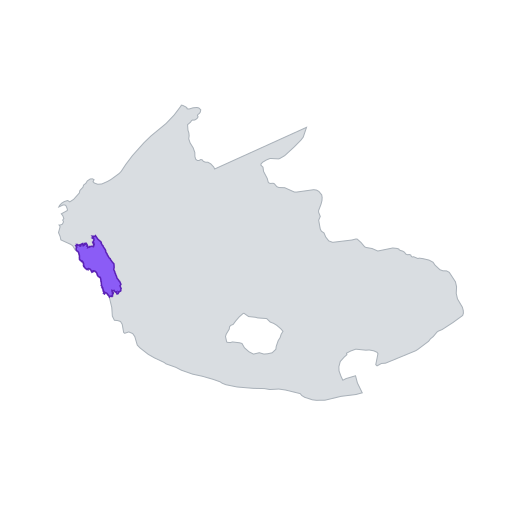 location of Eden, Western Cape, South Africa, rotated 66°
{"feature_id": "47623444B71894478343084", "entity_name": "Eden", "entity_type": "district", "adm_level": 2, "iso_a3": "ZAF", "parent_name": "South Africa", "parent_adm1": "Western Cape", "projection": "equal_earth", "projection_center": [22.286, -33.877], "detail": "fine", "context": "in_parent", "style": "filled", "palette": "violet", "viewbox_px": 512, "rotation_deg": 66, "n_neighbors": 0, "source": "geoboundaries", "source_scale": "gbopen_adm2", "svg_char_len": 8640}
<svg xmlns="http://www.w3.org/2000/svg" viewBox="0 0 512 512"><g transform="rotate(66 256 256)"><path d="M349.5,86.1L360.7,84.3L365.7,85.3L371.6,88.3L377.2,89.4L386.7,88.3L390.0,88.8L392.6,89.8L394.4,91.4L396.9,103.2L398.9,115.9L398.8,120.0L399.1,121.6L401.7,126.9L402.6,130.3L404.1,133.0L407.2,146.4L407.5,148.8L406.6,181.2L405.2,185.1L405.6,190.1L404.0,190.8L394.8,184.3L393.2,184.6L390.5,187.0L387.9,190.8L386.7,194.0L381.7,202.7L381.3,208.2L381.6,212.9L383.1,213.1L384.2,216.5L386.6,221.9L390.8,225.3L394.8,226.9L400.3,227.3L404.8,227.2L404.6,223.5L405.9,213.8L413.2,215.0L424.2,214.6L423.2,221.0L418.8,235.4L415.8,251.6L412.3,259.7L410.3,263.0L404.9,269.0L402.1,270.9L399.7,271.6L390.4,283.6L386.8,289.3L383.6,297.7L380.5,302.3L375.9,312.1L368.0,326.5L361.3,335.9L358.4,338.7L356.4,339.9L351.2,345.4L343.9,354.1L338.2,361.9L329.9,370.7L325.1,374.5L317.9,382.1L315.9,383.2L307.8,390.2L302.1,394.4L292.7,399.4L289.1,400.7L280.3,399.5L276.7,400.2L273.6,403.1L273.2,407.4L272.0,408.0L264.0,406.0L260.7,406.4L258.7,408.7L257.1,411.5L252.5,411.7L244.4,408.7L234.7,406.9L232.5,406.7L227.8,408.9L226.2,409.2L219.4,408.7L215.6,407.4L212.0,407.3L209.3,408.5L205.9,408.9L196.9,416.9L192.2,416.9L188.2,417.8L181.0,416.8L178.9,417.3L176.8,418.7L172.0,419.3L170.1,420.5L161.9,427.7L158.6,427.0L154.3,426.9L149.5,423.0L147.6,423.3L148.1,422.1L148.2,420.0L146.5,417.9L144.6,418.0L143.6,416.3L140.7,416.1L138.3,416.7L137.7,409.9L136.6,409.3L133.7,409.1L132.3,409.3L131.6,410.0L130.9,411.5L131.0,416.2L129.9,414.9L128.7,412.0L128.3,409.0L128.7,405.5L130.8,404.1L130.1,399.6L126.6,391.8L124.5,390.2L122.8,386.1L121.1,384.7L120.4,381.9L118.8,379.6L118.2,376.1L119.0,374.0L120.4,372.9L121.9,374.7L123.6,374.0L126.1,371.4L127.5,367.5L127.5,361.2L127.1,357.3L124.9,347.2L123.9,344.8L119.3,337.6L113.9,327.8L107.0,312.4L103.6,303.1L98.4,284.3L94.0,273.6L88.5,263.6L87.8,262.9L88.6,261.7L91.4,259.4L92.7,258.8L93.4,259.1L94.0,258.4L94.6,256.9L95.0,253.3L96.3,249.6L97.5,248.0L100.0,247.0L101.9,248.4L102.7,249.7L103.1,251.5L103.9,252.4L105.3,252.3L106.2,253.5L106.8,255.7L106.7,257.4L106.0,258.4L106.1,259.8L107.1,261.4L108.2,265.1L113.4,267.0L116.3,267.3L119.0,268.2L121.6,269.8L125.9,270.2L131.7,269.4L136.6,269.8L140.4,271.4L143.2,271.7L144.9,270.7L145.6,269.2L145.4,267.3L146.2,266.1L148.1,265.6L149.7,264.1L150.8,261.8L153.5,259.8L157.6,258.4L159.7,258.4L159.0,157.5L166.6,164.5L168.4,167.8L172.1,177.3L176.0,189.0L176.6,194.6L176.5,195.8L172.6,203.5L172.5,207.3L173.0,211.7L173.9,213.9L175.0,214.6L177.7,213.5L181.8,214.7L189.7,214.2L193.6,214.8L194.6,214.4L195.5,213.5L196.5,210.8L197.4,209.9L201.1,208.8L202.7,207.3L205.3,202.0L213.1,195.0L214.0,193.3L218.9,176.3L220.4,173.9L222.6,172.3L226.9,171.1L229.5,171.8L232.2,173.2L235.3,175.7L239.9,180.3L241.4,181.0L246.0,181.2L248.8,184.2L257.4,186.3L259.9,186.2L262.6,184.5L267.0,184.6L271.8,183.4L274.7,180.4L280.4,161.9L281.1,157.8L281.7,156.7L286.3,154.6L291.8,153.0L292.9,152.1L296.4,146.9L301.0,142.7L304.3,127.8L306.4,124.2L307.7,122.7L308.5,122.7L309.7,121.8L311.2,120.0L313.0,118.8L315.1,118.4L316.4,117.2L317.1,115.2L318.1,114.2L319.6,114.3L320.5,113.6L320.8,112.3L324.2,109.1L324.3,107.8L326.3,104.6L330.1,99.6L333.7,96.8L337.1,96.2L343.3,93.6L345.6,91.2L347.1,88.0L349.5,86.1ZM335.1,303.9L340.6,301.4L344.6,298.2L345.7,292.3L348.8,288.7L350.0,285.3L351.0,280.6L349.3,275.8L346.8,274.3L342.3,270.1L340.4,267.2L337.7,264.8L335.8,262.0L332.7,262.9L327.8,265.2L324.7,267.3L322.1,269.9L317.5,271.7L313.2,279.7L311.7,281.5L308.3,287.4L303.4,290.3L303.3,291.3L304.8,296.1L307.0,300.8L309.2,304.7L309.1,307.1L309.8,308.9L311.9,310.2L315.3,315.0L317.1,316.6L322.4,317.7L323.2,317.4L324.7,314.5L324.9,312.5L328.6,306.3L330.2,304.4L335.1,303.9Z" fill="#d9dde1" stroke="#a8b0b8" stroke-width="1"/><path d="M216.4,391.8L215.2,391.6L214.3,391.7L212.6,391.4L211.3,391.5L210.3,391.4L208.8,390.3L206.8,389.5L205.3,389.0L204.7,389.2L203.9,389.5L202.0,390.0L201.1,390.1L200.3,390.4L199.1,390.3L198.2,390.8L197.6,391.0L196.9,391.0L196.0,391.2L195.2,391.1L194.7,391.4L193.3,391.2L192.1,391.5L191.5,391.6L190.8,391.5L189.7,391.1L188.4,391.2L185.2,391.8L184.4,391.6L183.4,392.1L182.1,392.1L181.3,392.3L180.6,391.8L179.6,392.1L176.4,393.6L172.1,394.4L172.2,394.6L172.7,394.6L172.7,394.9L171.3,397.5L172.8,397.1L172.9,398.3L174.1,397.5L174.5,397.1L175.6,397.6L176.7,399.0L177.3,398.9L177.4,399.1L177.2,399.6L178.9,399.6L178.8,399.0L179.9,399.2L179.9,399.8L180.5,400.3L180.8,400.2L181.4,400.7L180.5,401.9L180.3,402.0L179.9,403.9L179.7,404.2L180.2,404.5L180.0,405.1L179.9,405.7L179.9,406.1L179.6,405.8L178.8,406.1L178.6,405.9L178.3,406.1L178.1,406.2L178.0,406.4L177.9,406.3L177.8,406.2L177.6,405.7L177.3,405.7L175.4,405.9L175.4,406.0L175.1,406.5L175.4,406.6L175.3,406.8L175.6,406.7L175.8,406.8L175.9,407.1L175.8,407.3L175.8,407.6L175.5,407.6L175.4,407.5L175.5,407.4L175.1,407.3L175.2,408.1L175.4,408.1L175.7,408.1L175.8,408.6L176.2,408.8L176.1,409.0L176.3,409.6L175.3,409.4L175.3,409.5L175.1,409.7L175.1,409.4L174.5,409.4L174.1,409.3L174.1,409.7L174.2,410.0L174.1,410.6L174.4,410.9L174.3,411.0L174.2,411.7L174.4,411.6L174.6,412.0L175.0,412.0L175.2,411.9L175.6,412.2L175.3,412.7L175.1,412.4L174.3,413.0L174.1,413.2L174.0,413.5L173.3,414.3L172.8,414.5L172.6,415.0L172.9,414.9L173.0,414.8L173.1,415.1L173.7,415.0L173.7,415.4L173.4,415.6L173.4,415.9L173.3,416.2L173.3,416.3L173.5,416.2L173.8,416.1L174.0,416.4L174.3,416.4L174.7,416.3L175.0,416.2L175.1,416.5L175.4,416.7L175.7,417.1L176.0,417.3L176.6,417.5L177.3,417.8L177.5,417.7L178.3,417.7L178.9,417.1L179.6,416.8L179.9,416.7L181.3,416.7L182.1,416.9L183.3,417.0L183.9,417.2L185.2,417.7L185.6,418.0L185.8,418.1L186.1,418.1L186.3,418.2L186.7,418.4L186.8,418.4L187.0,418.6L187.3,418.6L187.6,418.4L187.8,418.5L188.0,418.3L188.3,418.1L188.6,418.2L188.8,417.9L189.1,417.9L189.2,417.7L189.4,417.6L189.5,417.6L189.4,417.5L189.5,417.4L189.8,417.5L189.8,417.4L189.6,417.2L189.8,416.9L190.2,416.7L191.0,416.7L191.3,416.5L191.5,416.6L191.9,416.5L192.2,416.6L192.4,416.6L192.6,416.7L192.8,416.6L193.8,417.1L194.0,417.1L194.3,417.3L194.5,417.2L194.8,417.4L195.0,417.4L195.0,417.5L195.4,417.4L195.5,417.5L195.6,417.4L195.7,417.5L195.8,417.5L195.8,417.3L196.2,417.3L196.3,417.2L197.0,417.1L197.3,417.1L197.5,417.0L197.9,416.9L198.3,416.6L198.5,416.6L198.8,416.4L198.8,416.2L199.1,416.1L199.4,416.0L199.2,415.8L199.2,415.5L199.7,415.1L199.8,415.1L200.0,415.0L199.8,414.9L199.4,414.7L199.3,414.1L199.7,413.6L200.4,413.0L200.8,412.8L201.6,412.6L202.4,412.5L202.8,412.6L202.9,412.4L203.3,412.4L203.7,412.3L203.8,412.2L203.9,412.3L204.0,412.2L204.2,411.8L204.0,411.7L204.0,411.9L203.9,411.8L203.9,411.7L203.8,411.8L203.8,411.7L203.3,411.4L203.3,410.8L203.5,410.2L204.2,409.3L205.0,408.9L205.8,408.6L206.6,408.4L207.3,408.4L208.1,408.5L208.6,408.7L208.8,408.5L209.0,408.5L209.5,408.7L209.8,408.6L210.0,408.5L210.3,408.4L210.7,408.4L210.9,408.2L211.1,408.0L211.2,407.8L211.8,407.6L211.9,407.3L211.9,407.2L212.1,407.2L212.6,407.0L214.3,407.3L215.4,407.7L216.2,408.0L216.3,408.0L216.2,407.9L216.4,407.8L216.8,407.9L217.7,408.3L218.7,408.6L219.5,408.9L220.0,409.2L220.1,409.4L220.3,409.3L220.5,409.6L220.4,409.3L220.5,409.2L221.1,409.0L221.5,409.1L221.7,409.3L221.9,409.3L222.0,409.3L222.2,409.2L222.2,409.3L222.4,409.2L222.6,409.4L222.8,409.2L223.1,409.2L223.5,409.2L223.7,409.4L224.0,409.3L224.3,409.4L224.8,409.3L225.0,409.4L225.1,409.5L225.2,409.4L225.3,409.4L225.6,409.4L225.7,409.6L225.8,409.5L226.0,409.5L226.4,409.7L226.6,409.8L226.7,409.7L226.7,409.8L226.9,409.8L227.0,409.8L227.3,409.7L227.4,409.8L227.7,409.7L228.0,409.9L228.2,409.7L228.5,409.8L228.5,410.0L228.6,409.9L229.0,410.0L229.1,409.9L228.8,409.7L228.3,409.7L228.3,409.2L228.4,408.7L228.5,408.5L228.4,408.4L228.5,408.1L229.1,407.6L229.4,407.4L229.9,407.2L230.2,407.1L230.5,407.1L230.8,407.1L231.1,407.1L231.4,407.1L231.5,406.8L231.8,406.7L232.3,406.6L232.8,406.6L233.1,406.5L233.5,406.6L233.8,406.6L233.7,406.4L233.7,406.1L233.6,405.9L233.5,405.5L233.6,405.4L233.6,405.1L233.6,404.8L233.6,404.7L233.9,404.7L234.0,404.6L233.9,404.5L233.8,404.4L233.9,404.1L234.2,404.0L234.5,404.0L234.7,403.6L234.8,403.6L233.2,402.9L233.0,402.7L232.1,402.6L231.9,401.7L232.0,401.6L231.2,401.3L230.6,401.6L230.6,402.0L230.2,402.0L229.4,401.8L229.2,401.7L228.8,401.6L229.5,400.8L229.7,399.6L230.4,399.6L231.7,399.2L231.7,398.7L232.0,398.5L232.0,397.9L232.6,398.5L233.4,398.4L234.2,398.4L234.3,397.2L233.3,396.3L233.2,395.7L232.8,395.8L232.9,394.6L233.0,394.0L232.9,393.8L232.5,393.5L231.2,392.9L230.8,392.4L230.2,392.5L229.4,392.4L228.8,392.5L228.4,392.4L228.0,392.3L228.2,392.9L227.3,391.4L226.9,390.9L224.8,390.9L223.6,390.9L223.2,391.3L222.3,391.3L219.6,392.0L217.6,391.7L216.4,391.8Z" fill="#8b5cf6" stroke="#5b21b6" stroke-width="1.5"/></g></svg>